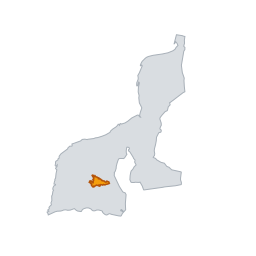 Maua, Niassa, Mozambique (highlighted), rotated 192°
{"feature_id": "85939544B33000714085001", "entity_name": "Maua", "entity_type": "district", "adm_level": 2, "iso_a3": "MOZ", "parent_name": "Mozambique", "parent_adm1": "Niassa", "projection": "orthographic", "projection_center": [37.153, -13.899], "detail": "fine", "context": "in_parent", "style": "filled", "palette": "amber", "viewbox_px": 256, "rotation_deg": 192, "n_neighbors": 0, "source": "geoboundaries", "source_scale": "gbopen_adm2", "svg_char_len": 6409}
<svg xmlns="http://www.w3.org/2000/svg" viewBox="0 0 256 256"><g transform="rotate(192 128 128)"><path d="M79.9,175.3L81.5,174.0L91.9,161.9L92.6,161.4L91.6,159.4L93.0,157.1L93.1,153.5L93.5,152.9L95.1,151.7L97.3,147.9L98.7,145.0L98.8,143.6L96.6,139.8L96.0,137.7L96.5,135.8L96.7,134.1L96.4,133.6L95.1,132.9L94.9,132.1L94.9,131.2L95.1,130.7L96.7,129.9L97.0,129.5L98.2,124.9L97.7,121.4L97.6,117.5L97.8,113.4L97.6,111.1L96.5,108.4L96.4,106.5L97.1,105.2L97.2,104.4L94.7,104.0L93.5,102.9L88.7,101.3L85.1,101.1L82.1,98.5L79.7,98.1L76.6,96.2L67.1,96.1L66.7,95.9L66.2,90.1L65.8,88.1L64.6,86.1L64.2,84.7L64.2,83.7L69.5,81.4L79.7,78.1L82.0,77.1L99.6,70.7L100.1,71.1L101.9,74.1L105.0,77.6L105.7,77.1L109.9,76.4L110.5,76.0L111.8,75.7L113.3,75.5L113.8,75.6L115.4,77.8L116.0,81.8L116.1,84.5L116.0,86.5L114.7,88.7L113.8,91.6L112.5,93.2L112.6,93.9L114.1,95.6L114.4,96.3L114.4,97.7L114.6,98.3L116.0,99.2L117.0,100.6L120.9,104.7L121.9,105.4L122.6,105.6L123.0,106.4L122.8,107.3L122.2,107.8L122.5,108.6L123.2,109.2L125.0,109.1L125.2,108.8L125.0,105.2L124.4,103.1L123.6,102.1L125.1,98.2L125.9,97.2L128.8,96.7L130.1,96.3L130.6,95.9L131.0,94.6L131.4,91.1L131.5,87.9L131.2,86.0L131.5,83.1L132.2,81.3L131.9,81.0L131.6,78.6L124.3,69.0L120.1,64.7L119.5,64.3L117.2,63.9L116.0,62.4L114.9,53.7L113.3,47.5L115.7,43.3L116.4,40.7L116.9,40.3L119.0,40.1L126.2,40.1L128.0,40.4L128.8,40.1L130.6,38.5L132.2,38.5L134.3,39.5L135.4,40.4L135.6,41.2L137.0,41.6L139.6,41.7L141.5,41.3L142.7,40.4L143.9,39.9L145.2,39.8L146.2,40.2L146.9,40.8L148.1,41.3L150.0,41.6L152.1,41.2L154.3,40.0L155.6,38.8L156.3,36.7L156.7,36.5L159.9,36.3L161.5,36.7L163.7,38.0L167.4,35.7L169.8,35.0L172.0,35.0L173.9,34.4L175.3,33.4L176.8,32.7L179.9,31.9L182.0,30.8L187.9,26.4L188.5,27.7L189.7,28.9L188.1,30.2L189.5,31.0L188.5,32.2L188.3,33.1L188.8,33.9L188.1,35.3L187.3,36.4L187.0,37.2L187.8,38.7L187.4,41.2L188.5,45.6L188.1,47.0L188.3,50.4L187.9,51.7L188.6,52.1L189.0,53.5L188.6,55.8L187.3,56.8L187.2,57.8L188.8,57.8L188.8,60.8L188.5,61.7L188.9,62.7L188.4,63.8L188.9,68.5L188.9,72.0L189.0,72.5L190.4,73.2L190.3,74.1L189.4,75.3L189.5,77.2L190.5,75.7L191.0,75.7L191.5,76.3L191.5,78.4L191.8,79.5L191.7,80.4L190.0,82.1L189.9,83.7L189.3,84.0L189.0,84.4L189.4,85.3L189.4,86.2L188.2,88.8L182.7,95.0L182.6,96.1L181.2,98.1L179.7,98.4L178.9,98.9L179.5,100.7L172.3,105.1L171.5,105.7L170.4,107.3L168.0,108.1L165.4,108.2L165.0,108.6L159.2,110.6L158.0,111.5L155.5,112.4L151.6,114.6L148.4,116.7L144.8,119.9L144.3,121.6L142.7,123.8L140.1,126.4L138.6,128.6L138.5,129.5L137.6,129.8L136.8,128.9L136.5,130.7L135.9,130.8L135.2,130.5L132.0,132.3L129.7,134.5L126.4,138.6L121.5,142.6L120.4,142.7L118.8,141.3L118.0,141.2L119.3,142.7L119.2,146.0L118.7,149.9L118.8,150.8L122.1,154.9L123.7,159.7L123.9,162.1L125.5,165.3L126.3,170.1L126.2,174.5L127.0,175.2L127.2,174.5L127.3,171.8L127.8,171.0L128.2,171.1L128.6,172.6L128.8,174.2L128.2,177.7L128.4,179.1L129.3,181.4L128.4,184.2L127.0,191.7L127.4,192.2L128.1,192.4L128.3,191.5L128.8,191.5L129.0,192.0L128.4,195.0L127.9,196.3L125.8,199.5L124.7,200.9L122.9,202.2L118.6,204.3L109.9,207.5L104.5,209.9L100.2,212.8L98.4,214.7L97.7,216.9L96.3,219.1L97.6,221.0L99.3,222.3L100.0,220.1L100.4,220.0L100.0,229.3L94.1,229.6L92.3,229.3L91.4,229.4L91.1,225.5L90.3,222.6L90.5,220.5L90.4,219.4L89.1,218.7L88.7,216.5L89.4,214.7L88.8,200.4L86.4,193.5L83.4,188.5L83.1,186.0L81.6,180.5L79.9,175.3ZM117.3,46.9L118.0,46.5L118.1,45.8L117.6,45.4L117.2,45.5L117.0,46.7L117.3,46.9ZM116.7,45.6L116.1,45.0L115.7,45.2L115.5,45.6L116.0,46.2L116.5,46.2L116.7,45.6Z" fill="#d9dde1" stroke="#a8b0b8" stroke-width="1"/><path d="M134.8,70.0L135.0,70.1L135.0,70.4L135.1,70.5L135.3,70.7L135.3,70.8L135.4,71.1L135.6,71.3L135.8,71.3L136.4,71.4L136.6,71.3L136.8,71.4L137.1,71.5L137.3,71.6L137.6,71.7L137.8,71.5L137.9,71.4L138.0,71.1L138.0,70.9L138.1,70.7L138.3,70.4L139.2,70.5L139.5,70.6L139.8,70.8L139.9,71.1L140.0,71.1L140.3,71.2L140.5,71.2L140.8,71.2L141.0,71.1L141.3,71.1L141.6,71.2L141.8,71.1L142.0,71.1L142.4,71.1L142.5,71.2L142.5,71.3L142.8,71.2L143.0,71.3L142.9,71.3L143.0,71.4L143.0,71.5L143.3,71.6L143.4,71.8L143.5,71.9L143.6,72.0L143.8,72.1L144.0,72.1L144.2,72.3L144.3,72.4L144.5,72.3L144.8,72.2L145.0,72.2L145.1,72.3L145.3,72.3L145.6,72.4L145.5,72.5L145.8,72.6L145.9,72.8L146.0,72.7L146.0,72.8L146.4,73.0L146.5,73.0L146.8,73.2L147.1,73.2L147.3,73.1L147.5,73.2L147.6,73.3L147.7,73.2L147.8,73.3L148.0,73.4L148.2,73.5L148.4,73.5L148.7,73.5L148.9,73.6L149.0,73.6L149.3,73.6L149.5,73.7L149.4,73.7L149.5,73.7L149.7,73.8L149.8,73.9L150.0,73.7L150.2,73.8L150.4,73.8L150.6,73.7L150.6,73.8L150.7,73.7L150.8,73.8L150.8,73.7L151.0,73.8L151.3,73.9L151.5,74.0L151.8,74.2L151.9,74.3L152.0,74.4L152.4,74.6L152.6,74.6L152.8,74.6L153.0,74.5L153.0,74.4L152.9,74.3L152.9,74.2L152.8,73.9L153.0,73.8L152.9,73.7L152.7,73.6L152.5,73.4L152.3,73.5L152.3,73.4L152.2,73.4L152.1,73.2L152.0,72.9L151.9,72.9L151.8,72.7L151.6,72.5L151.6,72.4L151.5,72.2L151.4,72.1L151.3,71.9L151.2,71.8L151.3,71.7L151.2,71.6L151.0,71.4L151.0,71.1L151.0,70.9L151.3,70.5L151.2,70.5L151.3,70.3L151.2,70.2L151.1,69.9L150.8,69.7L151.0,69.3L151.0,69.2L151.1,68.9L151.0,68.6L151.0,68.3L150.9,68.2L150.7,67.9L150.8,67.3L151.0,67.4L151.4,67.3L151.5,67.4L151.5,67.5L151.7,67.8L151.9,67.8L152.0,67.9L152.1,68.0L152.4,68.3L152.5,68.4L152.7,68.2L152.9,68.4L153.0,68.4L153.3,68.4L153.4,68.5L153.6,68.5L153.7,68.3L153.8,68.3L154.0,68.2L154.3,68.2L154.4,67.9L154.5,67.8L154.5,67.7L154.3,67.6L154.3,67.4L154.3,67.2L154.2,67.2L153.9,67.0L154.0,66.9L153.9,66.9L153.9,66.7L153.7,66.5L153.6,66.4L153.4,66.2L153.2,66.2L152.9,66.1L152.8,66.3L152.6,66.2L152.4,66.1L152.2,66.0L152.1,65.7L151.9,65.6L151.8,65.4L152.1,65.2L152.1,64.9L151.8,64.6L151.8,64.4L151.6,64.2L150.2,63.1L149.9,63.2L149.7,63.2L149.7,63.3L149.3,63.4L149.2,63.4L149.2,63.5L149.1,63.4L149.0,63.5L148.8,63.7L148.7,63.8L148.6,64.0L148.4,64.2L148.4,64.3L148.3,64.5L148.1,64.6L147.9,64.8L147.6,64.8L147.4,65.1L147.2,65.3L147.3,65.3L147.0,65.6L145.5,65.5L145.2,65.4L145.1,65.5L145.0,65.8L144.8,65.7L144.2,66.3L144.0,66.2L143.9,65.9L143.8,65.7L143.9,65.3L143.9,65.2L143.7,65.2L143.5,65.3L143.4,65.4L143.4,65.5L143.3,65.8L143.1,66.1L143.1,66.3L143.1,66.5L142.9,66.6L142.9,66.8L142.7,66.9L142.7,67.0L141.9,67.0L141.2,67.0L141.1,66.9L140.8,67.1L140.6,67.2L140.6,67.3L140.5,67.5L140.3,67.6L140.2,67.7L139.8,67.5L139.7,67.6L139.3,67.6L139.1,67.6L138.7,67.5L138.4,67.8L138.0,68.2L137.7,68.3L137.3,68.5L136.7,68.7L135.3,69.5L135.0,69.7L134.8,70.0Z" fill="#f59e0b" stroke="#b45309" stroke-width="1.5"/></g></svg>